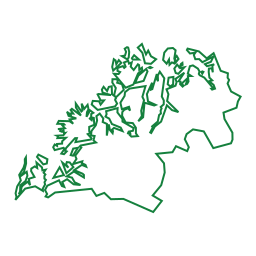 the County of Troms
{"feature_id": "NOR-900", "entity_name": "Troms", "entity_type": "County", "adm_level": 1, "iso_a3": "NOR", "parent_name": "Norway", "parent_adm1": "", "projection": "albers", "projection_center": [18.955, 69.32], "detail": "fine", "context": "isolated", "style": "outline", "palette": "green", "viewbox_px": 256, "rotation_deg": 0, "n_neighbors": 0, "source": "natural_earth", "source_scale": "10m", "svg_char_len": 5746}
<svg xmlns="http://www.w3.org/2000/svg" viewBox="0 0 256 256"><path d="M172.5,152.2L156.3,153.8L164.0,163.3L164.7,172.5L161.2,185.2L152.7,195.5L161.8,200.9L153.2,212.0L123.4,198.9L110.9,199.2L104.3,192.9L96.4,195.9L91.7,188.8L55.1,192.5L48.1,197.4L45.6,196.5L47.1,194.0L45.0,190.0L47.3,185.7L59.0,180.3L61.9,186.0L64.3,186.9L62.3,182.0L67.1,179.2L73.6,184.3L80.5,185.0L74.7,182.3L72.0,177.6L66.7,176.4L73.9,171.5L83.9,177.5L83.9,174.9L82.6,173.7L74.2,170.1L81.8,164.9L86.2,166.7L85.5,164.9L81.8,163.1L82.3,161.3L73.0,164.1L76.5,158.9L75.2,155.8L81.3,147.6L79.8,146.4L80.7,145.5L96.0,142.5L93.5,140.4L94.6,136.0L91.0,135.4L91.5,131.0L95.8,125.3L97.1,120.5L96.4,116.2L99.7,113.6L103.3,118.5L102.7,122.0L106.9,123.9L106.8,135.6L108.8,124.4L109.9,130.0L112.6,133.2L113.0,131.1L112.1,129.6L114.0,127.9L122.5,131.1L120.7,127.6L111.9,124.0L109.2,118.6L105.5,116.6L106.6,114.2L106.1,111.2L117.6,108.1L117.4,112.4L122.4,118.9L122.5,121.6L133.7,128.1L132.9,130.8L128.7,131.6L127.6,134.0L129.8,132.2L130.5,134.1L129.8,135.0L131.4,136.6L137.8,136.1L135.9,133.4L135.9,127.8L132.8,123.1L125.7,122.5L122.1,115.8L122.3,112.1L124.2,109.8L128.0,108.3L130.1,110.6L129.0,106.8L121.9,109.2L120.4,102.7L124.6,95.9L125.0,92.2L129.5,88.6L145.5,86.1L142.4,96.8L144.0,100.2L141.2,110.8L141.9,116.0L138.3,121.2L143.1,117.3L144.5,102.7L154.2,105.5L155.7,104.9L148.0,101.4L146.9,94.1L152.1,82.7L151.1,89.6L152.3,89.1L156.8,74.0L157.0,79.3L158.0,81.2L157.8,75.5L159.8,71.7L164.3,78.3L161.8,96.5L163.8,100.5L163.7,104.4L160.7,107.0L161.6,108.4L160.6,110.7L160.9,113.5L159.1,115.0L157.8,121.5L152.1,126.4L152.8,127.5L150.2,132.4L151.2,133.0L154.8,126.6L161.1,121.6L166.9,105.3L172.0,110.1L178.4,112.1L167.1,101.0L168.4,94.2L166.5,89.3L175.5,85.7L176.6,82.2L175.5,78.9L184.3,72.7L178.6,81.2L180.5,81.7L180.1,84.1L182.6,86.6L183.5,85.8L181.8,83.5L186.8,78.9L187.2,80.7L185.7,84.5L187.2,83.8L188.5,81.5L187.9,76.1L191.3,76.0L187.8,73.7L189.9,66.2L192.9,65.4L197.9,68.6L199.5,71.5L198.8,73.9L199.7,75.2L204.3,77.6L213.6,88.7L211.4,88.8L212.1,89.6L215.0,88.6L213.6,84.9L209.2,81.2L212.2,80.4L209.4,77.6L208.7,71.9L208.9,68.6L211.8,68.3L212.8,72.3L212.4,65.5L214.2,64.3L207.0,66.2L204.9,64.1L210.9,61.8L213.4,56.5L202.4,62.2L199.2,59.1L195.3,59.2L193.8,54.9L195.4,52.6L190.0,53.5L186.9,50.0L187.6,48.6L198.9,51.4L206.8,58.4L213.6,53.2L220.7,70.8L227.9,73.3L227.6,77.7L229.1,79.9L227.6,83.5L231.1,91.5L240.6,96.6L237.9,101.5L236.5,107.7L223.5,112.6L224.5,119.0L232.4,132.7L232.5,139.6L231.0,143.3L213.3,148.1L203.8,131.4L193.0,129.4L186.6,134.1L184.8,139.2L188.8,147.2L187.2,151.1L176.0,146.2L172.5,152.2ZM93.8,117.9L94.3,124.8L89.2,126.9L89.2,131.2L90.4,133.0L87.7,134.1L91.6,138.4L91.0,139.5L75.5,142.1L76.9,138.1L75.1,138.1L66.1,148.0L65.1,150.8L66.7,151.4L64.0,154.2L61.3,153.6L64.5,148.9L63.6,147.8L54.7,150.1L53.2,147.2L54.7,144.5L57.1,145.9L57.0,144.0L62.1,143.6L62.2,141.2L65.9,137.8L57.4,138.1L58.1,136.3L56.9,135.7L63.3,135.3L65.2,133.0L64.0,133.3L63.5,130.0L62.0,131.8L60.2,131.0L61.1,129.2L57.9,129.1L64.9,128.2L62.2,125.2L64.4,124.6L63.6,123.8L57.3,123.8L58.8,120.9L69.5,121.2L73.2,123.7L69.7,119.4L76.3,118.4L68.6,115.9L67.0,111.7L70.9,115.3L70.5,113.5L73.2,113.6L70.6,110.0L71.9,108.8L80.9,115.5L75.9,107.5L75.8,103.5L81.4,111.5L82.5,110.5L81.6,103.6L84.3,108.8L87.6,104.8L88.5,109.2L87.0,112.1L86.5,116.8L90.1,110.4L93.3,112.8L91.2,114.0L91.2,116.8L89.8,118.6L91.7,120.2L92.4,117.6L93.8,117.9ZM25.9,157.3L26.1,163.5L24.0,171.8L20.4,176.3L26.7,171.8L27.4,175.8L25.5,181.1L20.3,185.3L20.1,191.4L18.8,194.1L20.8,192.3L21.5,187.2L23.0,185.3L27.8,181.7L30.1,185.2L28.8,178.8L34.5,177.0L31.1,171.1L31.3,168.6L34.8,166.4L37.2,168.0L36.5,162.5L42.0,167.4L42.4,170.4L45.6,169.7L43.6,172.7L45.4,174.5L44.4,175.9L44.4,178.6L45.9,179.9L44.5,182.2L45.1,184.4L42.8,188.6L42.9,190.9L35.2,186.3L25.2,188.6L15.4,199.9L16.5,197.0L15.6,193.3L17.2,186.4L20.8,180.5L19.2,174.9L23.5,167.8L24.9,163.4L24.8,159.2L25.9,157.3ZM122.0,84.2L123.8,89.8L115.9,97.4L115.1,99.9L117.1,103.6L115.1,106.4L97.7,109.9L91.7,104.5L92.8,100.9L99.1,101.3L100.6,104.6L104.0,100.4L100.7,100.5L97.6,94.4L98.5,94.0L111.0,95.1L102.6,92.6L101.9,89.6L103.6,86.8L107.1,91.0L108.8,86.9L111.7,86.3L112.0,94.2L114.9,96.4L114.2,94.8L115.8,88.0L112.3,82.5L112.5,79.2L116.8,79.2L117.8,80.9L117.2,82.7L122.0,84.2ZM139.3,69.8L141.9,67.7L142.3,70.4L138.1,73.4L133.3,84.6L125.7,87.7L114.0,73.8L118.6,74.0L120.1,72.0L117.5,70.9L117.5,68.0L122.9,66.1L124.2,67.9L125.6,66.7L124.0,62.5L128.2,60.8L129.0,63.6L131.7,62.4L130.7,66.6L133.7,70.0L137.9,64.3L139.1,65.1L139.3,69.8ZM174.9,60.5L174.4,63.5L171.9,62.4L169.5,64.8L169.0,59.5L166.6,63.7L163.1,59.9L164.3,52.6L167.8,48.5L172.9,48.0L175.6,50.3L174.3,58.5L174.9,60.5ZM151.0,56.3L156.1,59.2L151.0,63.8L145.0,63.3L142.4,52.8L137.8,47.6L141.9,44.0L146.0,54.4L148.2,50.6L151.0,56.3ZM146.2,68.9L147.5,71.4L143.6,80.9L135.0,83.1L138.3,75.7L146.2,68.9ZM66.1,164.5L66.8,162.1L69.7,162.4L73.4,167.1L66.4,173.2L62.4,162.6L68.4,167.6L66.1,164.5ZM38.4,154.6L47.4,159.2L46.8,163.5L43.3,164.4L37.0,156.9L38.4,154.6ZM59.6,167.3L63.9,175.1L53.5,177.8L59.6,167.3ZM129.2,51.9L128.7,57.6L127.2,59.3L121.9,56.1L125.0,55.6L126.1,51.8L124.7,48.7L127.0,47.2L128.2,47.6L129.2,51.9ZM112.2,66.9L113.8,59.2L115.6,60.5L116.3,64.2L118.8,60.1L121.3,62.9L113.2,70.6L112.2,66.9ZM180.1,68.1L184.3,67.3L178.3,73.8L175.7,73.0L174.3,68.6L177.1,64.6L180.1,68.1ZM173.4,76.9L173.1,84.4L170.2,86.5L167.7,84.2L168.6,77.7L173.4,76.9ZM73.2,148.6L77.9,147.8L73.0,155.7L70.7,155.1L73.2,148.6ZM139.0,59.5L132.6,59.5L131.9,58.2L134.1,55.2L139.0,59.5ZM178.5,59.0L176.0,62.1L174.9,58.2L176.7,55.9L178.5,59.0ZM182.4,62.9L182.6,64.9L180.0,66.3L181.0,63.9L182.4,62.9ZM201.3,72.0L202.3,71.4L203.4,71.9L202.3,73.7L201.3,72.0ZM148.7,67.6L150.1,66.8L151.6,67.6L150.2,68.2L148.7,67.6Z" fill="none" stroke="#15803d" stroke-width="2"/></svg>